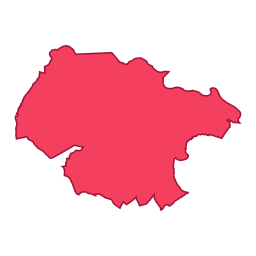 Garleni, Bacau, Romania
{"feature_id": "2599482B15530605072103", "entity_name": "Garleni", "entity_type": "district", "adm_level": 2, "iso_a3": "ROU", "parent_name": "Romania", "parent_adm1": "Bacau", "projection": "robinson", "projection_center": [26.781, 46.656], "detail": "fine", "context": "isolated", "style": "filled", "palette": "rose", "viewbox_px": 256, "rotation_deg": 0, "n_neighbors": 0, "source": "geoboundaries", "source_scale": "gbopen_adm2", "svg_char_len": 5720}
<svg xmlns="http://www.w3.org/2000/svg" viewBox="0 0 256 256"><path d="M239.8,122.9L238.7,121.7L238.2,120.5L238.5,118.7L239.8,117.1L240.4,115.8L240.6,113.6L240.1,112.1L238.6,110.5L236.3,108.4L233.2,106.1L230.2,104.6L227.1,102.8L223.8,100.5L221.8,98.8L221.2,98.2L219.7,95.9L219.1,94.3L217.8,91.6L216.7,89.5L215.6,88.7L214.4,88.1L213.3,87.9L212.0,88.1L210.8,88.5L210.3,89.2L210.3,89.9L210.4,90.5L211.1,91.9L211.2,93.0L210.7,93.9L209.8,94.8L208.4,95.6L206.8,95.9L204.9,95.7L202.9,95.4L201.6,94.9L200.9,94.0L200.0,93.2L198.3,92.1L197.0,91.6L192.4,90.4L190.7,90.9L187.5,91.1L186.5,91.0L184.4,90.4L183.8,90.0L183.0,89.1L181.9,88.5L180.0,87.8L178.1,87.3L176.3,87.4L174.6,87.6L173.7,87.9L173.0,88.4L172.2,88.5L170.3,88.6L167.9,88.4L166.3,87.9L165.2,87.2L164.5,86.4L163.8,85.3L163.6,84.5L163.1,83.6L163.1,81.2L163.4,79.7L162.8,77.9L168.9,71.8L165.4,71.4L164.3,71.5L163.2,71.9L160.1,72.3L157.5,71.6L155.8,70.5L155.2,69.8L154.1,69.0L153.2,68.2L152.6,67.4L152.6,66.8L152.4,66.4L151.5,65.8L149.4,64.9L148.0,64.0L147.8,63.7L146.9,61.8L146.6,61.4L146.0,60.9L145.3,60.3L144.1,59.7L142.7,58.9L141.8,58.4L140.4,58.0L139.4,58.1L137.8,58.0L134.4,58.9L133.7,59.3L132.7,60.4L131.9,60.6L131.4,61.0L130.3,61.2L128.7,62.2L127.2,64.3L125.7,64.0L125.4,64.3L124.4,64.2L123.8,63.5L123.1,62.9L120.0,62.4L112.9,53.9L112.2,53.2L111.8,52.9L111.2,52.7L76.9,54.2L76.0,54.1L75.3,53.7L74.8,53.2L73.5,49.9L69.9,47.0L69.1,46.5L67.3,45.9L65.2,45.9L63.6,46.3L62.3,46.7L59.8,48.2L58.5,49.3L58.0,49.5L57.7,49.8L55.5,49.4L53.2,50.0L52.0,50.1L51.6,50.6L49.6,52.8L49.6,54.3L50.0,55.6L50.7,56.7L51.7,57.7L51.8,58.0L51.8,58.6L51.6,59.1L50.5,60.7L50.1,61.6L49.9,62.4L49.0,64.0L48.5,64.7L46.3,65.8L45.6,66.2L45.1,66.5L44.6,66.5L44.9,73.2L43.4,73.1L41.7,72.6L39.7,71.8L39.3,75.1L39.3,76.7L37.7,79.2L37.3,79.0L36.7,80.6L35.7,81.9L33.2,83.8L33.0,84.2L32.6,85.7L32.4,86.1L28.7,91.6L28.1,92.3L27.8,92.4L27.6,93.0L26.1,94.6L24.3,96.9L23.9,97.9L23.4,99.3L23.1,99.4L22.8,99.7L23.0,99.9L22.9,100.5L22.3,101.7L22.6,101.9L22.5,102.2L21.7,103.0L21.4,103.5L20.7,104.1L20.9,104.5L20.8,105.0L21.0,105.1L20.3,105.6L19.7,106.5L20.2,106.6L19.5,107.1L19.3,107.7L18.5,108.2L18.5,108.8L18.3,109.2L18.2,109.4L18.3,109.8L18.5,110.1L17.8,111.3L17.5,112.4L16.8,113.2L16.4,114.2L17.9,114.5L18.0,114.6L17.3,116.4L15.7,116.2L15.6,116.6L15.4,116.8L15.4,118.1L16.0,120.4L16.4,121.5L16.7,122.7L17.2,123.9L16.9,124.7L16.7,124.9L16.4,125.7L16.5,126.1L15.9,127.9L15.9,129.5L16.2,132.4L15.9,134.1L16.1,136.2L16.4,138.9L17.8,138.7L19.2,138.3L22.1,137.8L24.2,137.3L27.0,136.5L27.2,137.3L27.5,138.0L28.3,139.2L29.8,140.1L31.0,140.4L31.3,140.6L31.8,141.1L33.3,142.2L33.9,143.6L34.2,144.0L34.5,144.5L36.1,145.9L37.5,147.7L38.3,148.4L39.3,149.0L40.0,149.3L43.5,151.5L46.0,154.3L47.4,155.5L48.3,156.3L49.2,157.6L49.7,158.0L51.8,158.1L53.7,157.2L55.7,156.0L57.5,155.1L60.1,153.5L60.8,153.2L61.9,152.6L67.0,149.6L68.0,149.2L71.9,146.7L74.5,145.3L75.0,145.1L77.0,145.8L79.3,146.3L82.9,147.1L82.6,147.3L82.5,147.6L82.4,148.4L81.6,149.0L81.5,149.3L81.6,149.6L81.5,149.9L80.8,150.2L80.4,150.5L78.2,150.8L77.9,150.7L76.9,150.2L76.1,150.3L73.9,152.3L72.3,153.1L71.7,153.3L70.6,153.4L70.5,153.5L70.3,155.0L69.9,155.5L69.5,155.8L69.3,156.1L69.3,156.8L69.4,157.3L69.8,158.3L69.7,158.5L69.3,158.6L67.8,158.4L67.0,158.4L66.6,158.7L66.6,159.1L67.1,159.9L67.1,160.2L65.9,162.5L65.7,163.2L65.8,164.4L65.7,165.5L66.0,165.9L62.3,166.5L63.6,167.5L63.8,168.0L64.0,168.9L64.4,169.6L64.5,170.6L64.5,173.3L64.4,175.6L66.8,176.1L68.1,177.0L70.1,178.9L70.9,180.5L71.1,181.5L71.4,181.7L72.2,183.3L72.8,184.9L73.1,185.5L73.9,188.1L74.3,188.8L74.7,190.3L75.2,191.4L75.5,191.8L75.7,192.2L75.9,192.7L77.0,194.0L77.8,194.4L78.9,194.7L79.5,193.7L82.0,192.1L82.8,191.9L83.5,191.9L86.5,192.1L87.4,192.6L87.8,193.2L88.2,193.5L89.6,193.5L91.3,193.8L94.2,195.2L95.7,195.7L95.5,194.1L98.2,194.1L99.8,194.4L101.7,195.3L104.0,196.9L105.9,198.0L111.6,199.6L112.7,201.8L113.6,203.3L114.6,204.5L120.0,208.2L121.0,206.0L121.7,204.6L122.6,203.2L123.2,201.9L126.5,204.6L132.3,200.6L136.2,197.3L136.2,198.3L136.4,198.9L139.2,204.5L139.6,205.8L143.3,204.7L146.4,203.9L150.1,199.7L153.5,195.3L154.2,194.6L154.1,195.3L154.1,196.4L154.4,198.5L155.0,199.5L155.5,200.0L155.6,200.6L155.8,201.2L160.9,208.3L160.9,208.6L160.5,208.9L160.5,209.2L161.1,210.1L162.7,208.8L163.2,208.2L163.7,207.6L164.2,206.3L164.6,205.7L166.1,205.0L167.5,204.7L169.1,205.9L169.8,206.0L170.4,205.5L172.0,204.3L173.3,203.1L174.4,201.6L175.0,201.1L185.0,194.7L186.2,193.6L188.2,192.8L188.0,192.5L187.5,192.3L186.7,192.3L184.7,191.8L183.0,191.0L181.7,190.3L180.9,189.6L180.4,188.7L179.5,187.0L178.6,186.3L178.2,185.5L177.4,184.6L177.1,184.3L176.9,183.6L176.5,183.0L175.9,181.6L175.6,181.1L175.5,180.4L174.4,178.3L174.2,177.9L174.2,177.5L173.8,176.8L173.6,175.2L173.7,174.4L174.1,173.6L174.2,172.8L174.1,172.3L173.8,171.5L173.8,170.3L173.9,170.0L174.1,169.7L174.1,169.1L174.0,168.9L173.9,168.8L173.5,168.2L173.3,167.7L173.3,167.4L173.4,164.3L173.7,163.2L173.7,162.4L173.9,161.3L174.3,159.4L174.9,158.5L175.7,158.0L176.5,158.8L177.7,159.6L179.6,160.2L180.8,160.4L184.2,159.7L186.0,158.9L187.1,158.5L187.8,157.3L188.2,156.6L188.4,155.2L187.9,155.0L185.2,151.9L185.6,151.2L185.6,150.1L185.8,149.2L185.7,149.0L185.7,148.8L186.1,148.6L185.9,148.3L185.4,148.3L185.9,147.4L186.3,143.8L186.9,142.4L186.9,141.9L187.9,141.4L190.4,138.9L191.0,138.8L191.4,139.2L191.7,138.1L192.7,138.2L193.0,138.0L193.1,136.5L195.8,136.3L196.0,136.1L196.7,136.1L197.2,135.3L198.5,134.4L200.5,134.8L201.7,134.2L202.8,134.4L203.7,134.3L204.6,134.7L205.7,134.3L206.7,134.8L207.2,135.3L208.5,135.0L209.3,135.4L209.7,134.4L221.8,138.3L222.2,137.4L222.8,136.7L225.1,133.1L229.3,127.3L230.0,127.0L230.1,125.8L229.6,122.0L227.1,120.6L228.2,119.3L233.1,122.4L239.8,122.9Z" fill="#f43f5e" stroke="#9f1239" stroke-width="1.5"/></svg>